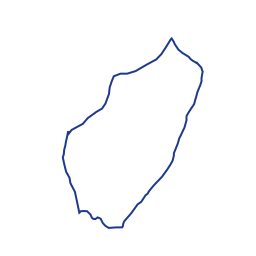 outline of Mayo-Binder, Mayo-Kebbi Ouest, Chad, rotated 113°
{"feature_id": "50815135B24188788926450", "entity_name": "Mayo-Binder", "entity_type": "district", "adm_level": 2, "iso_a3": "TCD", "parent_name": "Chad", "parent_adm1": "Mayo-Kebbi Ouest", "projection": "mercator", "projection_center": [14.472, 9.854], "detail": "fine", "context": "isolated", "style": "outline", "palette": "blue", "viewbox_px": 256, "rotation_deg": 113, "n_neighbors": 0, "source": "geoboundaries", "source_scale": "gbopen_adm2", "svg_char_len": 1595}
<svg xmlns="http://www.w3.org/2000/svg" viewBox="0 0 256 256"><g transform="rotate(113 128 128)"><path d="M221.7,94.5L220.1,94.4L218.7,94.8L218.0,95.0L216.7,95.0L215.3,95.0L210.6,93.5L208.3,92.7L205.0,91.7L199.8,90.5L194.5,89.3L190.8,87.0L186.7,86.2L183.1,85.6L181.8,84.8L180.8,84.3L177.6,83.9L173.2,82.6L169.8,81.5L160.5,78.0L159.7,77.7L151.2,75.7L145.9,74.8L145.7,74.7L145.4,74.7L143.8,74.5L140.4,74.2L135.9,74.9L133.2,75.9L127.9,76.0L123.0,76.1L118.0,76.7L117.4,76.8L113.8,76.5L107.8,76.3L105.4,76.2L99.4,77.0L97.9,77.2L97.6,77.3L96.8,77.7L95.8,78.2L93.8,78.8L88.7,78.1L86.8,77.7L85.3,77.5L80.4,76.5L79.0,76.6L77.3,76.9L73.8,77.3L72.2,77.5L70.6,77.7L68.5,78.1L63.8,78.2L60.7,78.2L56.1,78.6L53.7,79.7L51.7,80.2L47.0,81.3L46.0,82.2L45.1,83.0L44.2,83.8L43.8,84.1L41.2,89.7L41.5,89.7L41.0,92.8L40.8,94.6L40.0,97.6L38.8,99.7L37.6,107.5L37.4,108.0L36.2,112.1L32.6,117.7L32.3,118.0L31.0,119.3L28.5,122.8L29.8,123.3L37.9,124.5L46.8,126.1L53.9,128.8L62.4,135.6L72.6,143.2L78.3,150.0L80.9,156.1L85.9,161.3L91.7,161.2L97.8,160.7L104.2,158.8L114.4,158.3L120.3,159.5L125.5,163.4L134.6,168.9L141.8,171.2L151.7,179.1L156.2,180.3L154.3,181.8L162.2,180.2L164.4,179.9L168.8,178.8L173.1,178.2L177.0,176.9L180.6,176.5L186.0,172.7L192.4,167.9L196.7,162.4L201.2,159.5L202.5,158.0L207.5,151.9L225.0,139.7L223.0,138.9L221.6,135.9L220.6,133.2L221.2,131.6L221.6,130.6L222.3,128.7L223.0,128.0L224.4,126.5L224.7,126.2L225.2,124.4L224.5,122.4L222.8,121.4L222.2,121.1L222.1,119.1L222.3,117.6L225.3,114.1L226.1,112.4L226.9,110.6L227.5,106.7L224.2,100.2L221.7,94.5Z" fill="none" stroke="#1e3a8a" stroke-width="2"/></g></svg>